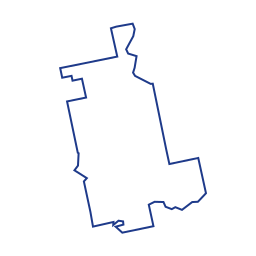 Prairie, Arkansas, United States of America, rotated 167°
{"feature_id": "52423323B23335905027720", "entity_name": "Prairie", "entity_type": "district", "adm_level": 2, "iso_a3": "USA", "parent_name": "United States of America", "parent_adm1": "Arkansas", "projection": "natural_earth1", "projection_center": [-91.556, 34.786], "detail": "fine", "context": "isolated", "style": "outline", "palette": "blue", "viewbox_px": 256, "rotation_deg": 167, "n_neighbors": 0, "source": "geoboundaries", "source_scale": "gbopen_adm2", "svg_char_len": 741}
<svg xmlns="http://www.w3.org/2000/svg" viewBox="0 0 256 256"><g transform="rotate(167 128 128)"><path d="M100.0,228.6L116.6,229.4L122.2,229.0L122.4,200.0L180.6,201.6L180.8,191.8L171.3,191.5L171.4,186.6L161.8,186.4L162.0,167.1L181.4,167.6L182.5,115.2L181.8,114.5L185.2,102.6L189.7,98.8L179.4,88.4L183.0,85.9L183.5,54.6L184.3,39.8L163.3,39.7L164.2,36.8L158.1,39.8L153.8,38.1L154.2,34.9L162.2,34.6L157.1,27.3L125.3,26.6L125.0,48.6L118.7,50.1L110.1,47.9L109.1,42.8L103.6,39.1L99.7,40.2L93.8,36.1L82.1,41.4L76.5,40.4L66.7,46.9L66.3,83.0L95.8,83.6L95.6,98.1L93.9,165.6L96.0,165.9L109.4,177.2L110.6,180.8L108.0,185.2L103.5,196.1L111.1,200.5L112.1,205.1L102.2,216.3L99.2,222.9L100.0,228.6Z" fill="none" stroke="#1e3a8a" stroke-width="2"/></g></svg>